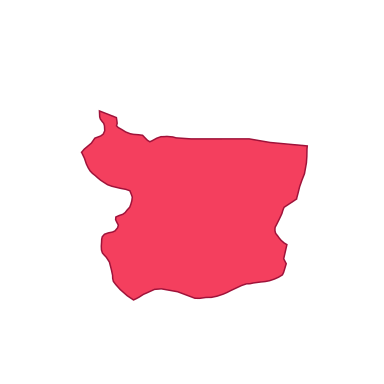 outline of Simunjan, Sarawak, Malaysia, rotated 140°
{"feature_id": "92858781B68418840965582", "entity_name": "Simunjan", "entity_type": "district", "adm_level": 2, "iso_a3": "MYS", "parent_name": "Malaysia", "parent_adm1": "Sarawak", "projection": "albers", "projection_center": [110.894, 1.279], "detail": "fine", "context": "isolated", "style": "filled", "palette": "rose", "viewbox_px": 384, "rotation_deg": 140, "n_neighbors": 0, "source": "geoboundaries", "source_scale": "gbopen_adm2", "svg_char_len": 1917}
<svg xmlns="http://www.w3.org/2000/svg" viewBox="0 0 384 384"><g transform="rotate(140 192 192)"><path d="M74.1,153.2L100.4,179.8L114.1,196.0L158.5,233.2L169.4,243.7L171.3,246.5L175.5,250.7L177.6,252.2L180.2,254.3L184.5,255.9L189.6,256.9L192.0,257.6L192.9,260.2L193.2,264.2L193.4,267.2L196.2,270.3L199.8,273.8L201.9,276.4L204.2,280.6L205.6,284.9L207.1,288.9L207.3,291.2L205.2,292.7L203.8,294.8L202.1,297.6L210.8,313.6L214.4,308.9L215.3,306.8L215.5,304.0L215.5,301.4L216.5,299.0L219.5,295.0L222.8,293.4L225.9,293.6L231.8,295.7L235.1,294.8L237.7,294.1L246.9,294.1L251.1,293.4L251.1,293.2L252.7,287.0L254.9,281.4L256.0,277.1L256.5,273.6L256.3,270.3L255.6,267.0L255.1,263.5L254.4,259.7L253.2,255.7L252.0,251.9L249.7,247.9L244.3,240.6L241.0,236.6L238.8,232.9L239.8,229.8L241.0,226.5L243.8,223.9L246.6,222.0L249.4,220.4L253.2,219.9L256.5,219.2L259.3,219.4L262.9,220.8L266.4,221.8L268.3,219.9L269.0,217.3L269.7,214.0L272.0,212.4L276.0,211.7L278.6,212.4L282.4,214.5L286.2,215.9L289.5,215.4L291.6,213.8L293.5,211.7L296.3,208.8L298.6,205.8L299.8,202.9L299.8,200.4L299.6,197.1L300.3,191.4L303.8,184.1L306.4,179.2L308.3,176.8L309.7,174.0L309.9,170.0L309.7,163.4L308.3,154.2L306.2,146.9L303.6,146.2L300.3,145.5L294.9,144.8L291.6,143.8L287.6,142.7L283.3,141.5L277.7,137.5L267.1,124.8L258.1,108.8L254.6,105.7L249.0,102.2L245.0,98.9L239.8,96.1L233.7,93.7L229.7,92.5L225.7,91.6L221.2,90.4L214.1,88.5L209.2,86.6L206.6,84.5L203.5,82.9L197.2,78.9L193.4,76.3L189.6,74.2L184.7,72.3L180.5,71.1L176.0,70.4L173.4,71.6L169.4,74.2L165.9,76.5L164.7,81.9L153.1,90.7L153.3,91.2L154.2,93.8L154.8,97.7L154.8,100.7L154.6,103.1L154.5,106.6L153.4,108.9L151.9,110.7L150.9,111.6L148.6,112.5L146.3,113.5L143.5,114.7L140.2,116.2L137.0,117.7L134.6,119.3L132.5,120.5L131.3,121.1L116.3,119.4L116.0,119.8L111.3,123.1L106.1,126.9L100.2,130.4L94.1,133.7L85.6,140.8L81.1,145.5L76.4,150.9L74.1,153.2Z" fill="#f43f5e" stroke="#9f1239" stroke-width="1.5"/></g></svg>